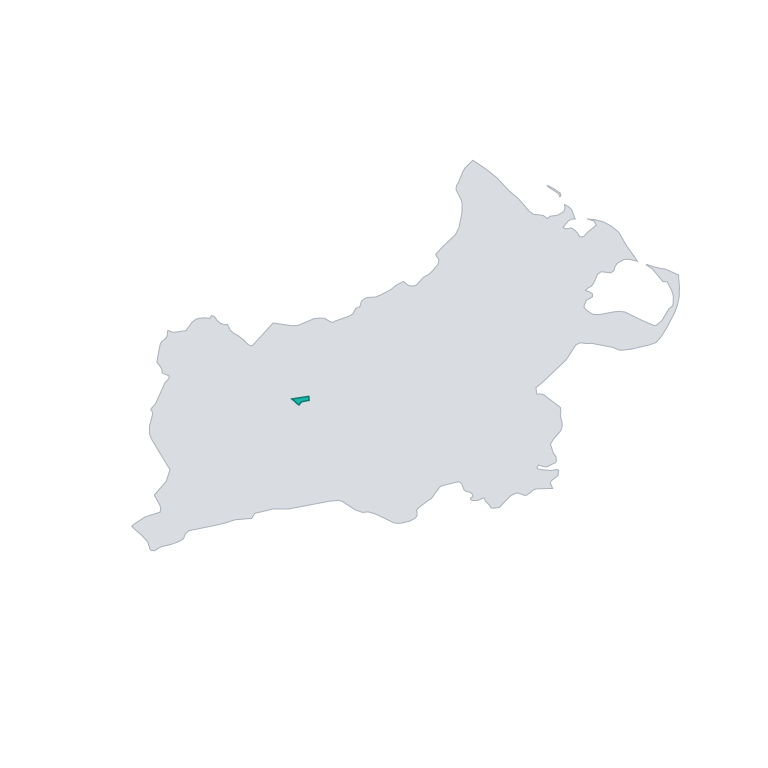 Garagum, Mary, Turkmenistan (highlighted), rotated 133°
{"feature_id": "10190150B14310189929045", "entity_name": "Garagum", "entity_type": "district", "adm_level": 2, "iso_a3": "TKM", "parent_name": "Turkmenistan", "parent_adm1": "Mary", "projection": "mercator", "projection_center": [61.282, 38.084], "detail": "fine", "context": "in_parent", "style": "filled", "palette": "teal", "viewbox_px": 768, "rotation_deg": 133, "n_neighbors": 0, "source": "geoboundaries", "source_scale": "gbopen_adm2", "svg_char_len": 4002}
<svg xmlns="http://www.w3.org/2000/svg" viewBox="0 0 768 768"><g transform="rotate(133 384 384)"><path d="M241.7,267.3L273.3,269.1L283.0,270.4L287.0,265.8L286.8,264.7L285.3,263.7L283.0,260.5L280.9,238.9L283.6,235.8L286.8,233.6L291.4,226.7L293.8,224.6L297.5,222.9L309.5,222.4L314.6,221.1L319.0,213.3L319.8,208.8L323.2,205.1L325.0,205.2L333.2,208.3L335.0,209.9L337.8,215.6L340.8,215.2L341.3,214.3L340.9,213.0L338.6,209.5L333.5,203.0L328.4,198.9L328.0,197.5L332.3,194.3L340.9,195.7L343.1,194.6L345.4,189.4L356.8,201.1L359.0,202.3L368.0,203.8L369.6,205.4L372.7,212.2L375.8,213.9L379.6,215.2L395.8,215.5L400.8,219.9L401.6,221.1L400.7,224.2L400.4,230.3L399.1,232.7L399.9,233.7L405.7,236.2L409.0,240.1L409.4,241.8L408.4,242.9L405.7,242.3L404.4,244.1L404.4,247.2L406.3,250.2L406.9,252.9L404.1,259.1L404.1,261.7L405.0,263.2L419.5,272.6L421.8,272.9L435.8,271.2L438.5,272.2L450.7,274.3L454.2,274.0L456.5,271.0L458.7,269.8L460.8,269.7L466.7,271.6L472.9,275.7L477.0,279.3L479.0,282.7L484.6,300.9L488.3,308.3L492.6,312.2L495.7,319.2L498.3,334.6L500.0,337.7L506.6,343.8L540.6,368.6L550.8,379.7L566.7,390.3L572.5,389.1L584.9,400.4L592.8,404.6L603.0,411.4L624.2,426.6L628.8,427.2L633.9,425.1L638.5,426.3L646.5,430.3L655.1,436.1L662.4,438.1L664.5,440.7L664.6,442.1L660.5,449.4L659.9,458.8L660.3,471.3L658.3,471.5L643.9,468.0L630.3,460.3L627.0,462.8L625.4,465.4L621.9,476.2L603.5,476.9L592.6,482.1L582.7,517.1L580.5,521.3L574.4,527.0L563.9,532.6L562.2,534.8L561.9,536.9L560.6,537.5L554.8,537.5L532.5,545.0L527.6,545.0L525.7,545.6L524.8,547.0L527.2,553.9L525.2,555.8L523.9,559.2L522.8,565.2L508.1,574.5L505.0,575.6L499.2,574.7L496.2,575.6L493.0,578.6L491.6,577.7L490.8,574.7L489.3,572.8L480.2,565.3L469.7,566.5L465.8,565.9L462.7,564.6L457.9,560.3L454.8,556.2L451.5,556.7L450.6,554.8L450.5,552.5L451.4,549.8L451.1,544.6L449.3,540.9L447.2,539.2L449.5,533.2L449.5,528.7L448.1,523.9L447.5,516.8L447.9,509.9L445.9,506.4L415.0,506.7L403.9,490.6L399.4,486.6L384.0,479.8L379.8,476.1L376.3,472.1L375.4,466.5L373.7,463.2L371.3,462.7L359.2,456.3L354.4,454.6L347.8,456.2L343.9,454.3L339.3,456.8L337.4,457.0L332.4,455.5L326.3,449.6L321.2,447.2L310.5,443.4L303.0,442.3L296.3,440.0L295.6,439.2L295.5,434.2L294.5,432.1L292.6,429.6L290.0,427.8L278.6,427.9L273.4,426.0L269.2,425.7L260.1,426.1L257.2,427.4L255.5,429.0L254.4,433.9L253.4,434.6L244.6,434.8L225.9,433.6L218.0,436.1L205.9,443.6L198.9,449.8L196.9,452.6L192.8,463.7L191.0,465.3L188.6,466.5L186.2,466.8L175.1,471.1L170.8,472.1L159.8,471.6L157.2,455.3L156.2,442.3L157.4,424.2L156.8,412.6L158.6,394.9L158.0,390.5L152.2,382.7L151.5,377.2L148.0,376.9L142.4,372.3L136.9,370.5L134.1,370.4L131.6,371.7L129.7,374.4L128.4,370.2L128.5,365.8L132.9,356.7L135.6,359.4L139.0,360.4L147.4,359.9L146.6,356.8L142.2,353.6L141.4,349.5L141.7,345.2L142.8,341.2L141.5,339.5L139.5,338.5L135.0,338.7L123.0,337.1L121.6,341.9L124.9,348.2L119.5,341.0L115.7,333.7L113.4,325.1L112.9,315.8L117.5,300.8L121.3,282.3L125.9,290.1L129.3,293.5L136.7,295.7L140.3,295.2L144.2,293.1L147.9,293.8L153.8,301.8L158.0,302.7L166.7,299.6L170.9,299.0L174.4,300.3L178.2,300.4L176.5,296.6L175.9,293.0L178.1,291.0L184.9,293.1L190.4,290.9L191.4,290.0L191.9,286.8L191.1,280.5L189.9,277.8L186.7,274.1L174.5,265.1L170.4,261.5L167.0,256.8L161.4,238.3L157.1,226.4L155.4,225.0L148.3,224.0L134.8,226.9L130.0,226.2L127.8,227.5L122.3,232.5L119.7,236.8L116.1,246.6L118.9,249.8L116.8,266.2L118.0,273.2L117.6,273.7L113.5,265.0L108.0,256.3L103.4,243.0L111.5,234.2L118.4,228.0L125.7,223.4L133.4,220.2L150.7,215.4L160.3,213.6L168.0,213.3L174.0,216.3L190.1,227.1L197.1,233.1L199.1,235.6L201.0,241.4L212.8,260.1L215.6,262.7L220.1,268.7L224.5,270.4L241.7,267.3ZM127.8,398.0L127.5,400.4L125.3,393.2L124.2,385.2L125.6,383.0L127.2,383.1L125.7,386.0L127.8,398.0Z" fill="#d9dde1" stroke="#a8b0b8" stroke-width="1"/><path d="M445.1,431.2L457.1,440.6L457.5,440.9L457.9,441.2L457.9,440.5L457.6,440.2L457.6,434.6L457.4,431.9L453.3,432.2L449.8,429.7L447.0,427.6L444.4,430.4L444.4,430.7L445.1,431.2Z" fill="#14b8a6" stroke="#0f766e" stroke-width="1.5"/></g></svg>